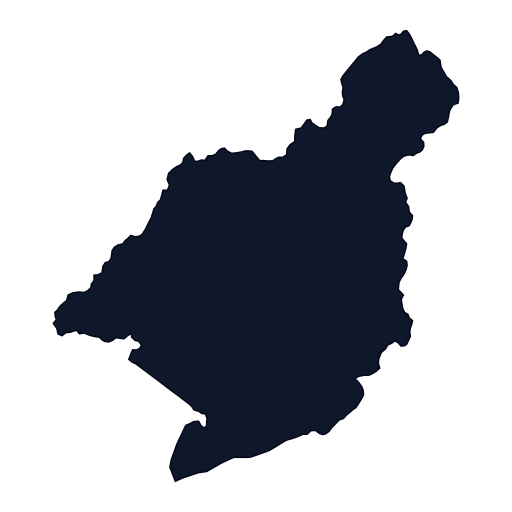 Petrópolis, Rio de Janeiro, Brazil (Natural Earth projection)
{"feature_id": "56859067B4372089958802", "entity_name": "Petrópolis", "entity_type": "district", "adm_level": 2, "iso_a3": "BRA", "parent_name": "Brazil", "parent_adm1": "Rio de Janeiro", "projection": "natural_earth1", "projection_center": [-43.152, -22.388], "detail": "fine", "context": "isolated", "style": "filled", "palette": "ink", "viewbox_px": 512, "rotation_deg": 0, "n_neighbors": 0, "source": "geoboundaries", "source_scale": "gbopen_adm2", "svg_char_len": 4148}
<svg xmlns="http://www.w3.org/2000/svg" viewBox="0 0 512 512"><path d="M252.0,151.3L248.4,150.9L245.4,150.9L241.4,152.0L236.3,152.9L231.5,153.3L226.8,150.8L224.7,148.2L221.5,148.6L218.7,150.5L215.9,154.1L212.1,155.8L208.1,155.7L204.9,160.4L201.6,160.0L197.8,161.3L194.7,161.4L192.6,156.6L189.5,152.9L186.8,154.9L183.6,158.4L182.8,162.5L180.4,165.0L176.6,166.7L172.6,169.4L168.6,173.4L167.1,179.5L169.5,185.0L167.5,190.2L163.0,190.2L161.8,195.1L160.3,200.1L157.7,202.4L156.4,206.0L154.0,208.8L152.6,213.3L151.1,218.0L149.4,221.2L147.6,224.7L145.3,229.4L142.0,234.6L139.1,236.2L135.2,236.9L130.9,235.4L128.0,238.3L125.2,240.6L122.8,243.9L118.0,245.0L114.3,247.3L112.0,251.0L111.7,254.7L111.0,258.6L108.7,261.8L105.3,262.6L102.9,266.4L102.0,272.8L97.8,274.9L94.0,275.2L94.1,280.3L91.4,284.1L90.9,287.7L87.4,290.9L83.9,292.5L79.1,292.0L73.0,292.8L68.2,294.9L66.6,300.6L62.9,303.5L59.7,306.6L57.6,309.9L54.9,312.3L55.2,316.2L56.4,319.5L53.3,323.4L56.8,328.3L58.1,334.0L62.1,335.7L65.8,332.7L70.2,332.2L73.8,331.0L76.9,330.4L79.4,333.8L84.2,333.0L88.9,335.0L94.3,336.5L99.4,337.2L101.8,339.6L104.4,341.3L108.4,342.0L112.2,340.5L116.0,337.7L119.5,338.2L124.0,338.8L127.6,335.6L131.3,333.5L131.7,337.2L134.9,340.3L138.9,341.4L141.5,345.3L139.4,348.7L136.1,350.0L132.7,349.8L130.8,354.0L128.8,359.4L132.4,362.3L135.7,363.7L154.1,377.5L160.0,381.9L168.4,388.4L179.2,396.4L185.3,401.1L189.0,403.9L191.8,406.5L194.1,410.0L198.7,411.3L202.1,413.6L205.4,413.8L207.0,418.3L206.7,422.0L206.5,426.1L203.8,428.1L200.7,425.0L198.5,421.2L193.6,421.7L189.5,423.9L185.8,425.4L178.2,441.3L176.6,445.0L171.2,460.1L169.9,467.2L175.3,481.3L182.0,478.2L190.7,475.2L198.4,472.7L206.6,471.5L221.4,463.0L230.9,458.6L233.9,457.3L243.0,457.3L246.5,457.4L250.4,457.1L254.7,455.7L258.4,454.4L261.1,453.4L264.9,452.1L268.9,450.7L275.3,446.9L285.4,440.6L288.5,439.5L292.3,438.5L296.7,437.0L299.7,435.7L303.0,434.2L306.9,434.4L310.9,430.7L315.5,430.4L319.4,433.4L322.6,434.5L325.7,433.8L329.1,431.3L331.7,427.7L335.2,424.1L339.2,419.9L343.5,418.4L346.9,414.7L350.7,411.6L353.1,409.4L355.7,407.8L358.4,403.8L361.6,398.7L363.6,394.7L363.2,390.7L362.1,387.4L359.7,383.8L357.1,380.5L354.2,379.6L358.2,376.4L364.5,375.2L369.0,375.2L372.5,373.5L376.0,371.4L379.7,368.1L378.3,363.2L378.9,358.4L381.3,352.5L385.3,349.1L387.9,344.9L391.8,343.2L395.0,340.7L398.6,343.2L401.1,346.1L404.4,345.8L406.9,344.0L408.9,339.5L410.4,336.3L409.7,331.9L410.3,328.1L411.7,324.3L412.5,320.6L409.3,318.0L407.9,314.3L404.6,312.5L402.6,308.2L401.8,303.3L401.3,299.1L403.4,295.1L398.3,289.6L398.9,282.6L401.2,278.0L403.9,274.3L406.0,269.7L407.1,265.3L406.6,261.3L402.8,258.7L404.6,252.9L405.8,248.5L406.6,243.9L404.2,241.1L401.7,237.8L402.2,234.0L403.1,230.6L405.5,227.0L409.0,225.8L410.6,222.9L412.1,219.4L412.5,215.7L409.2,211.9L408.6,206.7L405.5,202.1L407.1,198.2L405.2,193.4L403.9,185.9L400.4,182.6L397.1,183.3L393.8,183.1L390.1,180.6L389.4,176.6L390.6,172.8L392.8,168.0L395.7,164.1L398.5,161.0L400.9,158.3L403.9,156.2L407.0,155.2L410.0,154.9L413.1,155.6L416.6,153.1L419.5,152.2L422.1,150.1L423.8,146.5L423.6,142.3L420.3,138.9L422.1,135.0L425.4,133.2L428.9,132.9L433.4,132.3L436.9,127.8L440.6,125.5L444.4,124.2L447.3,121.9L448.5,116.6L449.4,111.2L451.2,107.7L453.2,104.9L458.1,103.0L458.7,97.6L458.4,92.6L456.6,87.4L453.2,84.3L451.1,80.8L446.3,76.5L443.8,72.1L441.1,67.5L440.0,60.2L436.6,57.2L433.9,55.1L429.9,51.9L427.0,50.9L424.1,52.2L421.6,54.9L418.7,55.3L417.4,50.5L415.5,46.3L413.4,42.3L411.8,38.7L409.7,34.7L406.7,30.7L403.5,31.2L401.2,34.1L398.3,35.1L395.8,33.4L392.3,36.4L386.7,37.0L384.1,39.8L380.9,44.2L376.7,46.9L372.1,48.8L369.2,50.1L366.4,52.2L362.9,53.6L358.3,57.0L355.4,60.7L352.5,64.1L348.0,69.6L343.1,75.7L340.9,79.5L341.7,82.9L343.1,87.5L342.4,92.1L342.7,95.9L344.2,99.7L342.9,104.5L340.0,107.1L336.0,106.8L332.5,109.1L332.2,113.9L330.6,117.3L328.0,120.4L327.1,126.0L324.2,128.0L319.1,127.8L315.1,125.1L312.2,123.2L310.1,119.5L307.0,120.0L304.3,123.8L301.2,128.0L295.7,129.3L294.9,135.5L294.7,141.7L290.1,144.6L287.0,149.1L286.7,154.6L282.7,157.4L279.0,157.2L275.7,158.7L272.8,160.8L268.2,161.0L263.8,160.6L259.7,160.6L252.0,151.3Z" fill="#0f172a" stroke="#020617" stroke-width="1.5"/></svg>